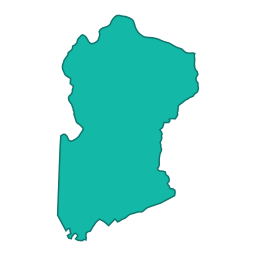 Santa Terezinha, Bahia, Brazil (Mercator projection)
{"feature_id": "56859067B33761170637815", "entity_name": "Santa Terezinha", "entity_type": "district", "adm_level": 2, "iso_a3": "BRA", "parent_name": "Brazil", "parent_adm1": "Bahia", "projection": "mercator", "projection_center": [-39.565, -12.74], "detail": "fine", "context": "isolated", "style": "filled", "palette": "teal", "viewbox_px": 256, "rotation_deg": 0, "n_neighbors": 0, "source": "geoboundaries", "source_scale": "gbopen_adm2", "svg_char_len": 2922}
<svg xmlns="http://www.w3.org/2000/svg" viewBox="0 0 256 256"><path d="M90.4,231.1L91.7,228.7L92.7,227.0L93.8,225.5L95.4,223.0L97.3,221.0L99.6,219.2L104.2,221.7L108.6,225.6L115.0,219.0L116.2,220.2L117.5,221.9L119.3,221.2L120.8,220.2L122.3,219.2L125.0,218.2L128.2,215.5L129.9,214.3L132.6,213.6L135.9,212.6L138.7,211.8L141.7,211.9L143.8,210.6L145.1,209.2L147.7,207.5L153.4,205.5L160.7,203.0L174.6,195.6L175.1,192.6L174.9,190.3L173.0,188.9L170.1,188.7L169.3,186.3L168.0,184.8L167.4,183.2L169.1,181.2L169.1,178.6L168.2,176.4L166.7,175.4L165.5,173.8L165.4,172.0L163.8,171.4L161.6,171.1L159.6,171.0L158.2,170.1L157.5,168.1L158.7,166.8L159.3,164.5L159.2,161.5L159.2,159.0L159.6,156.0L160.1,153.6L161.1,151.3L161.6,149.2L160.8,147.4L160.8,144.6L160.0,142.3L161.1,140.6L161.8,138.2L161.5,135.7L162.1,134.0L161.4,131.9L159.8,129.7L161.1,128.7L162.5,127.6L163.2,125.3L164.2,122.4L166.3,122.6L168.6,122.5L169.9,120.9L169.2,119.2L171.4,118.6L175.3,118.8L176.7,116.5L177.7,114.9L177.3,112.9L177.9,110.8L178.1,108.4L178.1,106.6L179.2,104.8L181.9,103.0L183.7,101.5L185.5,100.0L187.8,98.9L189.8,97.5L193.0,96.3L194.3,94.2L197.0,92.3L197.8,90.8L198.4,88.2L198.0,85.9L197.9,82.9L196.3,80.8L195.9,78.2L196.8,76.2L197.9,74.4L197.1,71.6L195.5,69.7L194.8,67.8L194.4,64.9L194.5,62.6L194.7,58.6L194.2,55.6L194.8,53.5L192.4,52.9L190.3,53.2L187.9,53.1L185.4,52.3L183.6,50.7L181.9,49.1L179.0,48.1L176.7,47.3L173.7,45.7L170.6,43.9L168.9,43.0L166.5,42.4L163.4,41.4L161.6,40.7L159.4,39.6L156.8,38.7L154.9,38.3L152.3,37.7L150.3,37.6L147.5,37.4L145.5,37.2L143.2,36.4L140.5,34.6L138.4,32.6L137.3,31.0L136.2,29.2L135.1,26.7L134.6,24.6L133.2,20.7L131.6,19.2L130.0,18.2L128.3,17.5L125.9,16.6L123.3,16.3L121.1,15.9L119.0,15.4L116.7,15.6L114.8,16.9L113.1,18.8L111.5,21.2L110.1,24.5L108.1,26.1L105.6,27.1L102.8,27.9L100.4,29.6L99.2,31.5L99.6,33.5L99.7,35.6L99.1,37.3L98.0,40.3L96.5,41.8L93.7,43.4L90.7,43.6L88.6,41.7L87.7,39.8L86.1,37.2L84.3,35.6L82.5,34.8L81.0,35.7L79.8,37.1L78.5,38.3L77.5,40.0L76.9,42.8L74.7,45.2L72.7,46.1L72.5,48.2L71.8,49.7L70.0,51.2L68.2,52.6L67.9,54.9L65.7,57.9L64.0,60.6L63.4,62.9L62.5,65.4L62.4,67.4L62.9,69.9L63.9,71.9L64.9,74.5L66.8,76.2L69.0,77.5L70.6,78.4L70.4,81.2L70.3,83.7L72.1,85.0L73.4,86.3L72.9,88.2L72.4,89.7L72.3,92.1L71.0,94.5L69.4,95.8L68.5,97.4L68.7,99.9L70.0,102.2L71.6,104.3L72.3,106.3L73.1,108.1L73.3,110.2L74.3,111.9L73.9,113.9L76.4,122.0L77.6,123.3L79.1,124.2L81.4,126.2L83.1,128.2L82.8,130.3L81.8,131.7L80.9,133.1L79.9,134.7L78.4,136.9L75.8,139.0L73.3,140.4L71.1,141.3L68.8,140.4L67.9,138.2L66.8,136.0L65.0,134.3L63.1,134.4L60.8,135.9L60.0,149.8L58.9,179.8L57.6,215.1L66.0,230.8L67.9,228.7L69.8,228.5L70.1,230.8L70.8,233.7L69.0,234.5L67.4,235.7L68.6,238.0L71.3,238.7L71.8,236.8L73.2,235.0L74.8,233.3L76.5,233.9L77.9,235.4L76.9,237.1L75.5,238.9L77.9,240.2L80.6,240.6L82.5,240.6L83.8,239.4L86.0,239.9L86.2,237.7L85.8,235.5L86.3,232.9L88.1,231.7L90.4,231.1Z" fill="#14b8a6" stroke="#0f766e" stroke-width="1.5"/></svg>